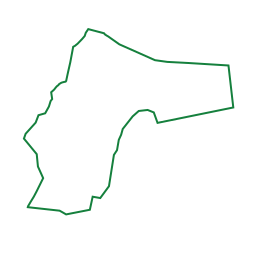 Bayancagaan, Bayanhongor, Mongolia, rotated 97°
{"feature_id": "93677404B22663539773144", "entity_name": "Bayancagaan", "entity_type": "district", "adm_level": 2, "iso_a3": "MNG", "parent_name": "Mongolia", "parent_adm1": "Bayanhongor", "projection": "orthographic", "projection_center": [98.843, 45.297], "detail": "fine", "context": "isolated", "style": "outline", "palette": "green", "viewbox_px": 256, "rotation_deg": 97, "n_neighbors": 0, "source": "geoboundaries", "source_scale": "gbopen_adm2", "svg_char_len": 1073}
<svg xmlns="http://www.w3.org/2000/svg" viewBox="0 0 256 256"><g transform="rotate(97 128 128)"><path d="M94.8,26.0L53.7,35.9L56.1,75.6L57.6,97.1L57.4,109.5L46.0,146.8L39.5,158.9L38.8,160.6L38.4,161.4L38.3,161.5L38.1,161.7L38.1,162.0L37.9,162.3L37.7,162.6L36.9,163.3L34.7,179.5L38.6,181.5L42.0,182.2L45.3,184.4L50.6,188.4L51.9,189.7L52.7,190.4L54.1,192.3L69.9,193.3L80.8,194.4L85.2,194.8L88.8,195.1L89.6,195.6L90.0,196.8L90.3,197.6L90.7,198.6L90.9,199.1L91.7,200.4L92.2,200.9L92.6,201.4L92.8,201.7L93.0,201.8L93.7,202.2L94.3,202.7L94.5,202.9L94.8,203.3L95.8,204.1L97.2,205.0L98.4,205.7L99.0,206.1L101.9,208.6L108.5,206.8L110.7,208.1L116.3,209.1L123.5,212.0L126.2,218.4L133.9,220.3L146.2,228.9L151.2,230.0L165.1,215.4L177.2,212.7L188.1,206.1L201.8,210.9L207.6,213.1L213.3,215.7L217.9,217.7L218.8,217.8L218.4,185.8L219.8,182.4L221.3,178.9L213.8,155.9L200.5,154.7L200.9,147.0L188.1,139.8L156.4,138.7L151.3,136.2L140.9,135.7L135.6,134.0L129.6,133.1L115.9,124.8L109.8,119.4L107.7,110.7L109.4,104.3L119.3,99.3L94.8,26.0Z" fill="none" stroke="#15803d" stroke-width="2"/></g></svg>